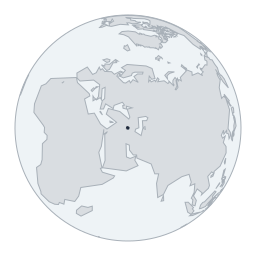 Hakkari on an orthographic globe, rotated 31°
{"feature_id": "TUR-3047", "entity_name": "Hakkari", "entity_type": "Province", "adm_level": 1, "iso_a3": "TUR", "parent_name": "Turkey", "parent_adm1": "", "projection": "orthographic", "projection_center": [44.217, 37.441], "detail": "fine", "context": "on_globe", "style": "filled", "palette": "slate", "viewbox_px": 256, "rotation_deg": 31, "n_neighbors": 0, "source": "natural_earth", "source_scale": "10m", "svg_char_len": 10578}
<svg xmlns="http://www.w3.org/2000/svg" viewBox="0 0 256 256"><g transform="rotate(31 128 128)"><circle cx="128" cy="128" r="113" fill="#eef3f6" stroke="#a8b0b8"/><path d="M119.4,15.7L126.2,15.9L138.8,17.2L143.9,17.5L141.9,17.8L152.3,18.5L159.8,20.4L150.6,18.5L149.1,18.5L153.8,19.7L153.3,20.0L155.4,20.8L154.3,21.2L149.0,20.3L148.3,20.6L151.7,21.5L152.8,22.7L147.9,21.3L149.4,23.2L140.8,22.8L128.5,19.9L123.0,21.0L108.4,22.0L109.0,22.6L103.8,23.8L102.6,25.1L100.3,25.1L101.3,26.2L103.7,25.9L105.0,26.3L104.5,27.1L101.4,27.2L101.2,26.9L100.0,27.3L98.7,27.1L99.0,27.7L95.3,27.9L98.2,29.0L94.6,30.2L92.4,30.1L93.7,28.4L91.7,24.9L89.8,24.8L85.9,25.9L76.2,31.3L73.7,32.1L69.6,34.2L70.5,34.4L74.0,32.9L74.6,34.1L78.9,32.3L79.8,32.7L83.8,31.8L82.0,33.8L78.1,36.4L74.7,37.3L72.9,38.5L75.2,39.4L68.0,43.1L61.7,49.2L59.9,50.2L58.2,48.5L60.6,43.8L58.3,42.7L58.6,45.5L54.2,48.2L53.0,49.7L52.5,50.9L53.7,50.7L52.0,52.2L51.1,49.8L52.6,48.3L52.9,49.0L54.0,47.0L53.4,45.9L51.2,47.6L52.5,44.9L51.0,46.2L50.4,46.5L52.8,44.5L48.6,48.2L48.8,47.9L54.7,42.5L60.9,37.6L67.4,33.1L74.2,29.0L81.3,25.5L88.6,22.5L96.1,20.0L103.8,18.0L111.5,16.6L119.4,15.7ZM15.5,133.1L16.1,139.4L17.8,149.0L18.7,154.5L18.8,155.6L16.6,144.5L15.5,133.1ZM123.3,15.5L123.7,15.4L125.1,15.4L123.4,15.5L122.6,15.5L123.3,15.5ZM147.6,17.8L145.0,17.3L147.7,17.7L147.6,17.8ZM155.8,20.9L156.7,21.0L157.4,21.4L155.8,20.9ZM84.5,30.8L84.1,31.3L83.6,31.2L84.5,30.8ZM86.5,30.0L86.1,29.5L87.1,29.1L87.3,29.4L86.5,30.0ZM156.4,22.5L157.2,23.3L155.5,22.3L156.4,22.5ZM86.8,30.7L88.7,28.4L90.4,27.7L92.6,28.3L86.8,30.7ZM157.1,23.7L159.1,25.9L161.2,26.2L156.2,26.9L156.2,24.6L153.7,23.2L156.0,23.9L157.1,23.7ZM104.7,25.4L102.1,25.8L104.7,24.8L104.7,25.4ZM106.0,24.7L112.2,21.6L115.8,21.7L113.0,22.6L118.0,22.4L116.6,23.9L113.6,24.4L111.6,24.0L112.6,25.0L106.0,24.7ZM153.1,27.1L152.8,27.6L152.1,26.9L153.1,27.1ZM105.7,26.4L106.6,25.7L109.7,25.7L108.4,27.1L107.8,26.6L105.7,26.4ZM119.9,21.6L122.0,22.0L121.5,23.3L122.3,23.7L116.9,24.0L119.9,21.6ZM106.9,27.1L107.7,27.9L105.7,28.7L105.0,27.1L106.9,27.1ZM111.1,25.1L112.5,25.2L111.3,25.6L111.1,25.1ZM99.3,32.3L100.4,31.2L102.1,31.1L99.3,32.3ZM108.1,28.2L108.8,27.9L109.6,27.8L109.7,28.5L108.1,28.2ZM116.9,25.0L116.3,25.5L119.1,24.9L118.8,26.0L115.3,26.1L116.7,26.5L116.6,26.9L113.8,26.6L116.9,25.0ZM112.2,29.0L107.7,29.7L105.3,31.6L103.7,31.7L107.8,28.7L112.2,29.0ZM113.4,27.6L112.3,28.4L110.9,28.0L110.8,27.2L113.4,27.6ZM119.9,26.8L121.2,25.1L122.0,25.2L119.9,26.8ZM111.8,29.6L113.0,29.4L111.8,29.8L111.8,29.6ZM117.8,27.7L118.1,27.1L118.9,27.1L117.8,27.7ZM114.9,29.7L113.4,29.9L113.3,29.3L114.9,29.7ZM116.4,28.9L117.5,29.1L114.1,29.0L116.4,28.5L116.4,28.9ZM118.5,27.9L119.1,27.7L118.2,28.2L118.5,27.9ZM116.2,32.0L112.0,32.0L111.7,30.6L115.9,30.8L116.2,32.0ZM35.4,155.4L32.0,136.5L34.9,132.4L36.4,125.3L57.8,111.3L61.3,115.1L77.0,118.5L78.8,120.2L75.8,125.5L86.7,136.5L91.5,132.6L102.5,138.8L110.5,139.7L115.3,129.0L102.2,127.3L101.1,121.4L112.5,118.1L124.1,119.9L124.0,117.7L117.6,112.3L121.2,108.6L115.5,110.1L117.1,112.5L113.6,113.6L111.9,111.5L113.2,110.2L110.0,108.8L104.4,115.8L105.4,119.0L96.4,118.8L97.2,124.3L94.4,126.1L91.9,117.7L92.9,114.9L87.4,104.9L85.6,107.7L90.6,117.4L88.6,116.3L86.2,120.6L86.5,116.4L81.4,105.4L73.9,104.6L62.6,112.5L58.6,111.4L55.9,107.2L61.7,96.7L70.1,100.3L72.3,97.0L72.0,90.6L74.6,92.4L75.5,90.4L78.9,91.5L85.0,88.2L88.6,89.0L92.3,83.1L94.7,82.8L91.8,86.3L91.7,89.3L100.8,91.5L102.9,90.6L104.7,86.7L106.9,88.0L107.4,84.0L113.3,83.6L106.6,80.8L108.4,76.7L112.7,74.2L112.1,72.4L105.1,76.6L103.4,78.8L103.9,81.3L98.2,87.4L94.8,87.7L96.1,79.9L91.4,79.6L94.5,74.0L111.6,65.5L118.0,64.6L125.6,71.6L123.3,74.0L119.5,72.6L121.8,77.7L122.2,75.4L124.1,76.6L126.3,73.3L127.8,74.0L127.5,69.8L129.5,70.3L129.7,73.0L134.7,68.9L139.3,69.3L139.7,68.1L138.9,66.7L145.3,68.3L145.3,67.4L143.3,66.4L142.0,64.0L142.3,60.5L144.5,61.2L144.7,62.6L148.4,66.8L148.6,70.6L149.5,70.6L149.9,67.5L145.3,62.3L144.8,60.0L147.4,62.1L146.4,61.1L146.9,60.2L149.4,60.1L146.8,57.7L148.8,47.9L153.9,47.0L155.9,49.8L159.6,44.7L165.0,44.7L163.1,43.8L163.6,41.1L161.9,41.0L161.0,40.3L161.5,34.1L163.3,33.4L161.4,30.3L160.4,29.9L158.9,30.1L156.2,26.9L161.2,26.2L163.2,27.1L165.0,26.3L169.3,28.6L173.7,30.4L177.3,33.8L180.4,35.1L180.8,34.7L185.3,36.4L193.4,41.9L185.4,39.3L172.8,32.7L177.8,35.4L176.2,35.5L177.8,36.9L181.3,38.9L182.0,38.7L185.4,46.4L193.0,54.4L193.6,51.5L196.4,52.1L205.6,60.0L214.0,76.9L217.9,79.0L219.8,81.6L220.1,85.1L217.3,81.3L215.4,81.7L213.8,79.2L213.4,84.0L211.0,80.7L211.8,86.3L214.3,88.0L215.5,84.8L217.2,91.4L221.6,93.4L224.9,98.8L226.6,113.2L224.2,120.7L224.7,122.8L222.3,122.5L221.3,128.4L227.4,135.3L228.0,138.3L225.4,147.5L224.9,145.4L218.7,144.6L219.1,152.4L223.8,154.8L225.5,160.2L222.5,160.8L220.6,156.1L218.4,155.6L217.9,149.2L214.0,141.4L210.9,145.6L210.1,141.8L204.2,136.3L199.2,142.0L191.8,156.7L192.6,166.7L189.3,172.3L181.0,160.8L177.9,151.5L174.6,153.5L166.4,146.9L151.1,149.2L149.3,146.7L146.4,148.4L140.7,146.2L138.0,142.0L134.4,142.5L141.6,153.6L145.5,153.0L149.2,148.2L150.5,152.2L156.0,155.1L148.6,165.7L126.6,175.2L125.1,167.7L111.4,145.5L112.2,143.1L112.2,142.8L112.0,142.3L110.2,146.2L108.0,141.6L114.6,157.5L115.5,163.9L126.3,175.7L125.1,176.8L128.8,179.1L141.2,175.9L141.2,178.3L134.9,189.6L118.2,203.3L120.8,211.8L120.2,218.4L110.6,221.8L112.3,226.3L107.5,227.2L107.8,229.4L104.4,231.1L98.4,231.8L87.4,229.2L86.0,227.3L79.4,222.0L69.9,208.9L72.0,204.3L70.7,199.4L62.7,185.5L64.4,179.6L62.5,176.0L58.4,174.9L56.2,170.5L53.8,169.2L39.3,163.1L35.4,155.4ZM49.3,121.0L48.5,123.1L48.4,123.1L49.3,121.0ZM135.8,127.5L143.1,127.7L140.9,120.7L143.5,120.2L141.8,118.1L140.7,120.2L136.6,114.3L140.2,112.1L139.8,109.0L137.3,108.9L131.4,113.9L137.2,122.2L135.1,125.1L135.8,127.5ZM54.3,48.4L54.3,48.6L53.5,50.0L53.2,49.7L54.3,48.4ZM54.1,54.7L51.3,57.0L53.1,55.0L52.1,54.9L54.6,50.8L59.2,50.4L56.7,51.2L54.1,54.7ZM59.2,45.6L57.1,48.0L59.3,45.4L59.2,45.6ZM77.4,78.8L78.0,80.7L76.1,82.7L71.5,82.5L74.3,79.5L77.4,78.8ZM79.4,83.0L82.0,75.7L85.0,75.8L82.9,77.0L84.6,77.8L81.7,79.8L81.9,87.4L80.2,89.7L72.7,87.5L76.1,86.9L75.3,84.9L79.4,83.0ZM83.5,59.4L84.7,56.9L89.5,60.2L87.9,62.2L83.3,61.9L82.5,59.4L83.5,59.4ZM90.4,32.5L90.5,31.8L91.4,31.7L92.0,32.2L90.4,32.5ZM99.7,31.8L90.7,35.6L90.4,34.9L85.5,38.3L82.8,37.9L86.0,35.7L80.3,38.1L82.1,36.0L78.3,37.9L85.9,32.9L87.3,31.3L86.8,33.2L89.2,33.6L90.7,33.2L96.0,31.2L100.3,28.1L103.5,28.2L104.5,29.1L103.9,29.8L102.1,29.5L102.7,30.7L99.6,30.8L99.7,31.8ZM115.1,42.9L113.2,41.6L113.8,45.3L110.7,45.0L111.0,45.4L108.3,46.2L105.5,47.9L104.2,47.5L103.7,48.4L101.9,49.0L100.7,50.1L98.0,49.8L96.4,51.2L96.1,50.2L93.9,52.8L94.3,50.8L92.1,51.5L92.9,53.1L81.5,49.6L76.4,50.2L71.9,51.9L73.2,48.4L78.2,44.8L84.8,41.8L89.5,41.9L89.2,40.5L91.4,40.2L90.7,41.4L93.1,39.3L94.7,39.5L100.5,37.6L103.0,34.8L105.2,34.2L105.0,35.4L107.3,34.0L108.5,35.8L110.1,35.4L112.9,37.1L111.7,39.7L113.5,39.2L115.7,40.5L115.1,42.9ZM116.9,32.5L116.2,35.5L114.1,36.9L110.1,33.6L108.5,33.6L105.9,31.8L109.0,30.0L109.4,30.6L110.6,30.9L109.2,31.3L111.2,31.1L111.9,32.1L113.6,32.2L112.9,33.1L116.9,32.5ZM81.5,118.6L83.0,119.4L85.5,119.8L84.0,122.7L81.5,118.6ZM77.9,111.2L79.4,111.3L78.5,115.2L76.9,114.6L77.9,111.2ZM81.0,108.1L79.5,111.0L79.4,109.0L81.0,108.1ZM93.2,86.2L94.9,86.2L94.7,87.2L93.5,88.3L93.2,86.2ZM116.3,54.8L115.5,53.6L116.2,53.3L116.8,50.2L119.1,50.4L119.7,52.3L116.3,54.8ZM112.7,130.7L109.9,132.6L108.9,131.4L110.1,131.0L112.7,130.7ZM95.9,127.9L99.4,130.0L95.5,128.6L95.9,127.9ZM118.9,54.5L118.9,53.2L120.1,54.2L118.9,54.5ZM120.8,50.4L122.4,51.2L119.4,50.1L120.8,50.4ZM159.1,236.3L158.2,236.5L159.1,236.2L159.9,236.0L159.1,236.3ZM139.9,217.2L133.1,227.7L127.7,227.8L126.2,225.0L128.4,218.7L134.6,216.7L137.6,213.4L139.9,217.2ZM235.2,160.6L235.9,159.2L235.8,159.6L235.2,160.6ZM234.5,161.1L235.5,159.2L234.1,162.4L234.5,161.1ZM235.9,158.4L236.9,155.5L237.4,153.9L237.1,154.9L235.9,158.4ZM233.7,162.5L228.4,169.8L226.0,171.5L226.8,169.3L230.7,165.2L233.7,162.5ZM226.6,169.5L222.5,169.4L215.2,162.3L217.9,160.6L225.2,162.5L224.8,164.2L227.2,165.0L226.6,169.5ZM235.3,151.1L234.8,155.4L232.1,159.2L230.8,160.4L229.9,156.6L230.4,153.3L231.6,151.9L234.9,137.2L236.3,137.3L235.6,142.8L236.7,144.6L235.3,151.1ZM193.1,167.4L196.0,171.9L194.1,173.7L193.1,167.4ZM235.2,128.5L234.5,134.8L234.8,127.4L235.2,128.5ZM234.7,122.3L235.3,124.1L234.3,123.2L234.7,122.3ZM225.6,125.6L224.4,127.6L223.8,126.2L225.1,122.9L225.6,125.6ZM227.3,103.4L229.2,107.6L229.6,109.3L228.1,107.6L227.3,103.4ZM138.9,56.0L135.5,59.8L134.6,63.1L136.6,65.6L132.4,63.9L133.7,58.9L138.9,56.0ZM147.4,48.7L145.6,46.8L147.3,46.8L147.9,47.2L147.4,48.7ZM145.7,48.2L141.8,47.7L141.5,46.1L144.6,46.8L145.7,48.2ZM130.3,50.7L129.1,51.8L128.2,51.0L130.3,50.7ZM224.3,186.4L225.5,184.3L228.2,179.6L224.3,186.4ZM236.9,156.5L238.3,150.9L238.6,149.2L236.9,156.5ZM240.4,135.1L240.4,134.9L240.4,135.1ZM240.5,132.6L240.4,133.9L240.6,130.0L240.5,132.6ZM239.6,141.5L239.5,142.6L239.3,142.7L239.6,141.5ZM239.9,139.7L240.2,138.0L239.8,140.8L239.9,139.7ZM237.3,144.2L237.6,145.9L238.6,141.9L237.8,146.0L238.2,148.4L237.8,150.5L237.5,147.8L236.9,152.9L236.4,153.9L236.4,150.6L237.1,144.8L237.6,141.7L239.2,136.5L237.3,144.2ZM240.0,136.7L239.8,134.5L239.9,132.1L240.1,132.8L240.0,136.7ZM238.8,129.8L237.7,128.3L237.2,131.3L237.7,123.2L238.8,125.9L238.8,129.8ZM237.1,124.0L236.7,126.8L236.8,122.4L237.1,124.0ZM236.3,126.0L235.7,123.9L236.3,123.0L236.3,126.0ZM237.4,123.3L236.6,119.0L237.4,120.7L237.4,123.3ZM234.1,119.2L236.2,120.4L234.3,122.2L231.9,114.8L232.5,113.1L234.1,119.2ZM222.8,80.9L221.3,79.2L221.2,77.4L222.3,79.0L222.8,80.9ZM219.6,70.6L220.7,76.4L221.4,81.3L222.2,81.3L224.3,85.5L221.8,83.7L219.7,77.7L219.6,74.6L217.5,71.4L216.1,67.8L213.2,64.7L211.9,62.5L214.5,64.4L219.6,70.6ZM211.8,63.5L206.2,57.7L207.0,56.0L208.4,56.9L210.7,60.2L210.1,60.9L211.8,63.5ZM205.0,55.9L204.4,56.5L194.7,51.0L192.9,49.5L200.7,52.4L200.5,53.2L202.8,55.0L205.0,55.9ZM154.0,27.8L152.9,27.6L153.8,27.4L154.0,27.8ZM160.1,40.4L159.0,39.5L160.1,39.2L160.1,40.4ZM156.7,37.0L156.2,37.9L155.8,36.6L156.7,37.0ZM155.3,40.3L155.6,38.2L156.6,40.7L155.3,40.3Z" fill="#d9dde1" stroke="#a8b0b8" stroke-width="1"/><path d="M126.8,128.4L126.7,128.3L126.7,128.2L126.7,127.9L126.7,127.7L126.7,127.4L126.9,127.4L127.1,127.4L127.3,127.4L127.5,127.4L127.7,127.2L127.8,127.1L128.0,127.1L128.3,127.2L128.3,127.3L128.5,127.3L128.6,127.5L128.6,127.8L128.5,128.0L128.8,128.1L128.9,128.3L128.8,128.5L128.6,128.5L128.4,128.6L128.2,128.8L128.0,128.7L127.9,128.7L128.0,128.6L128.0,128.4L127.9,128.3L127.7,128.2L127.6,128.3L127.4,128.4L127.4,128.5L127.3,128.4L127.2,128.4L126.9,128.4L126.8,128.4Z" fill="#64748b" stroke="#1e293b" stroke-width="1.5"/></g></svg>